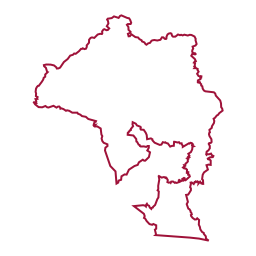 outline of Bao Lam, Lâm Đồng, Vietnam
{"feature_id": "81297802B89982379831919", "entity_name": "Bao Lam", "entity_type": "district", "adm_level": 2, "iso_a3": "VNM", "parent_name": "Vietnam", "parent_adm1": "Lâm Đồng", "projection": "mercator", "projection_center": [107.768, 11.64], "detail": "fine", "context": "isolated", "style": "outline", "palette": "rose", "viewbox_px": 256, "rotation_deg": 0, "n_neighbors": 0, "source": "geoboundaries", "source_scale": "gbopen_adm2", "svg_char_len": 5867}
<svg xmlns="http://www.w3.org/2000/svg" viewBox="0 0 256 256"><path d="M129.1,18.3L127.1,17.9L121.4,15.4L120.1,15.9L118.6,17.9L114.0,16.4L111.7,18.1L107.7,18.7L107.1,19.6L108.0,21.0L108.4,23.5L106.8,26.2L109.2,28.4L107.8,30.0L106.4,30.2L104.4,29.2L103.5,29.5L102.1,31.4L102.3,33.4L101.9,34.0L100.1,33.8L97.7,34.5L94.3,37.9L92.0,37.4L90.6,37.9L89.1,39.7L89.0,42.7L86.7,45.4L86.8,46.8L86.0,48.7L84.4,49.1L82.8,48.3L82.1,48.9L81.0,48.9L79.0,51.2L75.7,53.8L74.2,53.5L72.9,54.8L70.2,55.6L67.7,59.0L63.9,62.0L60.1,67.6L58.5,68.4L56.8,68.5L56.3,67.3L54.0,65.4L50.6,64.6L46.3,64.5L43.9,65.1L44.1,66.2L45.9,67.8L47.1,71.8L47.7,72.1L45.2,74.5L45.2,76.7L43.7,77.8L43.2,79.6L41.8,81.8L38.8,85.8L37.9,85.9L36.9,87.0L36.0,88.7L35.6,91.9L36.1,93.4L35.9,96.1L37.6,97.1L37.1,98.1L37.4,98.9L35.5,99.1L36.3,101.3L35.5,102.4L36.3,103.1L35.7,103.4L33.4,101.7L35.1,104.3L38.6,107.1L42.2,107.3L45.4,106.0L47.2,107.3L48.5,107.5L53.5,105.8L56.5,107.6L58.0,106.6L59.2,106.5L60.0,107.3L60.4,108.7L61.3,108.3L63.5,109.1L66.0,110.8L67.0,110.3L69.2,110.8L72.3,112.7L77.4,112.7L77.8,113.6L80.4,114.7L82.0,116.1L85.8,116.8L88.3,119.0L96.0,121.1L95.7,121.8L94.7,121.9L94.1,123.2L94.5,124.0L93.8,124.3L93.6,125.2L94.2,125.6L95.0,125.3L94.3,126.2L94.7,126.5L97.2,126.4L100.7,128.5L101.4,134.5L102.3,136.1L101.6,138.5L102.3,141.0L103.7,142.8L107.4,144.3L107.5,146.0L105.4,147.7L105.0,150.5L110.3,166.0L115.5,171.4L116.5,183.6L118.2,182.6L118.6,180.6L121.1,179.8L121.5,176.3L124.6,174.4L126.6,174.6L128.9,169.7L134.5,166.0L137.7,164.9L138.9,162.3L142.8,159.7L144.2,160.7L145.2,160.7L148.9,157.1L150.0,152.3L147.3,150.5L148.8,147.8L148.8,146.0L147.6,146.0L146.2,146.9L143.9,146.4L140.8,146.5L139.9,146.0L139.7,145.1L138.6,144.6L137.2,142.0L136.4,141.5L136.2,139.0L133.4,135.5L127.7,134.8L127.8,132.9L128.6,132.5L128.7,131.6L129.5,131.3L129.8,130.4L130.9,130.0L130.9,128.9L133.1,126.2L132.5,124.4L132.7,122.2L135.8,123.7L136.9,125.4L140.5,126.8L140.8,127.6L140.4,128.8L140.9,129.6L143.7,129.8L145.7,132.7L146.7,135.0L147.1,139.2L150.9,138.4L152.4,139.3L152.4,140.3L154.6,142.7L159.7,144.9L161.4,144.6L162.8,142.2L164.7,142.6L165.3,142.3L166.3,143.1L167.8,143.4L170.2,146.6L171.9,145.9L173.8,145.8L174.1,141.8L174.8,141.8L177.5,142.5L179.0,142.2L179.8,143.4L181.6,143.3L181.8,144.4L182.8,145.7L182.8,146.9L188.9,143.3L189.6,143.6L190.4,142.8L191.8,143.1L192.8,144.2L192.1,144.7L192.0,145.3L193.7,146.3L192.4,146.8L192.2,149.4L190.9,152.1L188.3,153.8L189.4,155.6L188.3,156.6L189.2,157.2L187.2,158.3L188.3,159.0L187.7,159.8L187.9,161.3L187.3,162.2L185.5,163.7L185.3,165.5L184.2,165.3L184.5,166.0L184.1,166.8L185.0,167.5L183.5,167.1L183.0,167.5L184.1,168.4L185.8,168.6L187.0,169.7L186.9,171.3L188.2,172.1L187.8,172.6L186.9,172.2L186.8,172.9L188.3,173.5L188.1,174.7L189.4,175.1L189.8,176.5L185.5,180.3L184.4,180.1L184.7,178.3L184.0,177.9L182.2,179.1L182.8,180.7L181.9,180.7L180.0,181.7L179.8,180.2L179.2,179.9L178.8,180.3L178.9,181.8L177.8,182.6L176.3,182.9L175.3,182.4L174.8,182.8L173.0,181.5L171.3,181.6L170.7,182.8L170.3,182.3L168.7,182.7L167.4,182.1L167.8,180.1L166.3,177.6L165.7,177.4L165.3,177.9L164.5,177.2L163.6,177.1L161.7,177.6L158.9,176.0L158.7,176.2L159.3,179.4L158.2,185.9L158.3,189.1L157.6,190.3L158.8,191.4L158.4,197.5L157.3,199.2L155.1,205.0L153.1,206.8L152.9,207.5L151.7,207.9L151.3,208.9L149.8,207.6L149.1,205.8L147.6,205.1L146.9,203.8L146.2,204.7L145.9,206.5L144.9,205.6L143.1,205.2L133.9,206.1L143.9,213.8L144.7,216.1L144.0,217.9L145.2,218.6L146.6,221.0L149.5,224.1L152.2,224.8L153.3,224.0L156.2,225.3L156.2,228.7L154.9,229.7L156.1,234.7L155.6,235.1L189.9,237.6L199.1,238.6L208.7,240.6L206.0,238.7L205.8,236.3L203.9,234.0L203.8,233.0L202.0,231.9L200.3,229.3L199.9,227.0L198.8,224.6L199.1,220.0L197.2,218.3L196.2,219.4L194.8,219.5L192.6,217.9L191.1,216.0L190.9,215.0L191.8,214.4L191.3,212.7L190.6,212.0L190.4,210.7L189.4,209.2L188.3,208.6L186.7,204.1L187.9,201.9L186.1,194.9L188.2,194.6L190.9,190.3L190.9,188.3L190.1,187.3L190.9,183.9L190.6,182.6L191.6,182.4L193.7,184.0L194.6,182.1L195.1,182.3L195.8,181.4L196.9,182.1L197.5,181.4L198.8,182.2L198.6,183.4L200.1,181.7L201.2,183.4L201.7,183.5L202.4,182.7L202.6,183.9L203.2,183.9L203.0,180.2L202.1,179.2L202.7,174.8L204.0,172.4L207.9,169.6L206.5,165.2L208.5,164.6L210.7,164.9L210.7,160.6L209.9,159.7L208.0,159.2L207.8,158.6L210.1,157.3L212.8,157.1L213.4,156.0L211.8,155.1L211.0,153.6L209.0,154.3L207.3,154.1L206.6,154.9L206.2,154.4L206.7,151.6L208.4,150.4L209.8,148.3L209.8,145.9L208.7,143.9L209.2,143.1L210.8,142.9L211.6,142.0L211.4,139.2L209.5,136.1L209.0,134.3L209.2,133.0L209.9,132.4L209.4,129.9L211.8,127.8L211.9,126.3L213.9,123.1L214.3,121.0L213.6,118.7L214.9,117.9L216.8,115.5L218.1,114.8L219.2,113.2L222.6,110.6L222.2,108.6L221.2,107.2L221.0,103.3L220.2,100.5L215.8,95.6L215.2,93.5L213.9,92.3L205.3,91.3L203.9,90.5L202.7,88.6L202.3,86.3L201.2,85.5L201.2,84.2L200.1,83.2L200.0,82.3L199.3,82.0L198.2,82.6L197.8,82.3L197.9,80.4L200.4,79.2L200.3,77.8L201.2,77.7L201.4,76.3L200.6,76.1L200.1,76.5L198.5,76.0L197.1,73.8L198.6,71.7L197.5,69.9L197.7,69.0L195.9,68.1L194.5,68.1L195.2,67.2L194.4,66.5L194.9,66.1L194.7,65.2L195.1,63.2L193.9,62.7L194.8,61.4L195.8,61.1L194.9,59.1L191.3,55.8L192.3,53.9L195.1,54.4L195.6,54.0L195.1,53.3L193.1,53.0L192.2,51.7L192.3,50.2L193.2,48.6L192.6,46.6L195.5,45.5L196.6,44.0L195.5,40.1L195.7,38.9L194.5,36.5L191.5,35.0L189.8,34.8L187.8,35.5L184.3,34.7L182.7,35.4L181.1,34.8L180.0,35.2L178.0,34.5L175.4,36.6L173.1,36.7L172.1,35.8L171.4,33.6L170.4,33.2L168.7,33.6L167.5,34.5L166.5,36.7L166.4,38.6L165.9,39.0L164.7,38.8L163.4,37.4L162.0,37.3L160.4,39.8L157.3,40.5L154.3,40.0L152.2,40.4L151.3,41.0L150.1,42.8L148.1,43.4L146.5,44.7L145.6,44.2L144.4,42.4L142.0,41.4L141.6,40.3L139.4,39.1L138.1,37.5L135.4,37.1L131.4,34.3L129.9,36.2L128.6,36.3L127.9,33.8L130.4,32.7L130.6,31.9L128.5,29.8L128.4,27.0L126.9,24.8L127.7,24.1L130.6,24.0L131.2,22.8L130.2,20.0L129.1,18.3Z" fill="none" stroke="#9f1239" stroke-width="2"/></svg>